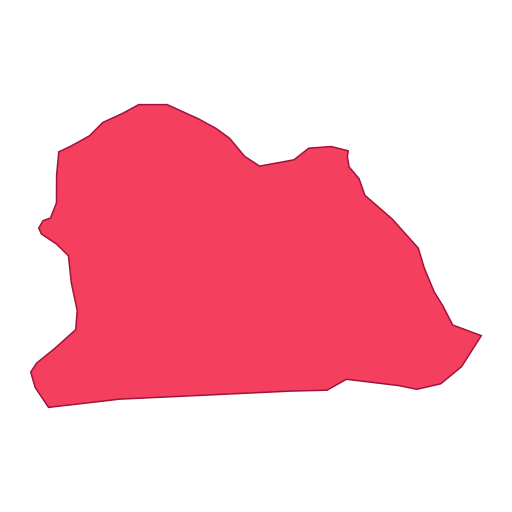 Västerås, Västmanland, Sweden
{"feature_id": "70781695B76106000376718", "entity_name": "Västerås", "entity_type": "district", "adm_level": 2, "iso_a3": "SWE", "parent_name": "Sweden", "parent_adm1": "Västmanland", "projection": "equal_earth", "projection_center": [16.566, 59.665], "detail": "fine", "context": "isolated", "style": "filled", "palette": "rose", "viewbox_px": 512, "rotation_deg": 0, "n_neighbors": 0, "source": "geoboundaries", "source_scale": "gbopen_adm2", "svg_char_len": 771}
<svg xmlns="http://www.w3.org/2000/svg" viewBox="0 0 512 512"><path d="M348.2,150.8L331.1,146.5L308.8,148.2L293.9,159.8L259.5,166.1L244.6,156.3L229.7,138.4L216.3,128.6L198.4,118.8L167.1,104.6L138.7,104.6L122.3,113.5L102.9,122.4L89.5,135.8L70.1,146.5L58.8,151.8L56.6,175.0L56.5,191.1L56.5,202.8L50.5,218.0L43.0,220.7L38.7,228.1L41.5,234.1L56.4,244.0L68.4,255.7L71.3,282.7L77.2,310.6L75.7,329.6L54.7,348.5L36.7,363.0L30.7,372.1L35.2,387.5L48.2,406.9L48.6,407.4L119.0,399.2L289.6,391.1L327.0,390.2L329.7,388.7L346.4,379.3L398.8,385.6L416.8,389.3L440.7,383.8L461.6,366.6L481.3,335.7L452.7,325.0L442.6,305.4L434.2,291.9L424.2,267.8L418.3,248.2L392.4,219.2L364.9,195.3L359.1,178.8L349.1,166.9L347.4,156.9L348.2,150.8Z" fill="#f43f5e" stroke="#9f1239" stroke-width="1.5"/></svg>